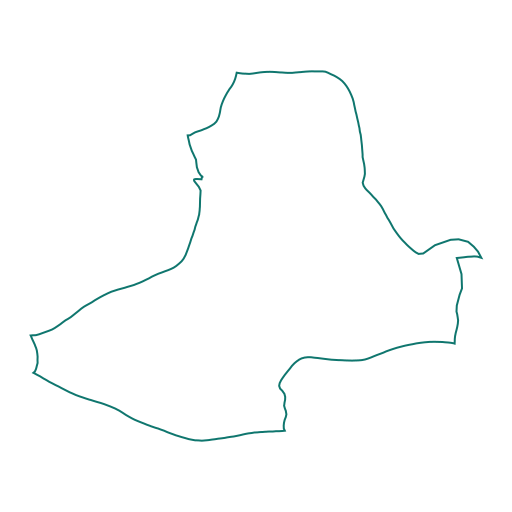 the district of Ghayl bin Yamin, Hadramawt, Yemen
{"feature_id": "15242507B14142255130537", "entity_name": "Ghayl bin Yamin", "entity_type": "district", "adm_level": 2, "iso_a3": "YEM", "parent_name": "Yemen", "parent_adm1": "Hadramawt", "projection": "mercator", "projection_center": [49.287, 15.382], "detail": "fine", "context": "isolated", "style": "outline", "palette": "teal", "viewbox_px": 512, "rotation_deg": 0, "n_neighbors": 0, "source": "geoboundaries", "source_scale": "gbopen_adm2", "svg_char_len": 5939}
<svg xmlns="http://www.w3.org/2000/svg" viewBox="0 0 512 512"><path d="M454.6,343.6L454.7,342.0L454.8,338.8L455.1,336.0L455.5,334.1L455.7,333.0L456.5,330.0L457.2,327.1L457.4,326.0L457.8,323.8L458.1,320.4L457.7,317.5L457.2,314.3L456.5,311.6L456.5,311.4L456.8,305.5L459.6,294.8L462.0,288.4L461.5,274.1L456.8,258.0L460.0,257.7L463.8,257.3L467.4,256.8L469.6,256.7L470.5,256.7L474.2,256.4L477.3,256.6L480.0,257.4L481.3,257.8L478.0,251.6L473.8,246.7L468.1,241.8L458.6,239.3L450.6,239.8L435.0,245.2L423.2,253.5L418.5,253.9L418.4,253.8L415.8,252.4L414.7,251.6L413.5,250.7L410.6,248.2L408.8,246.6L407.0,244.9L406.7,244.6L404.8,242.6L402.6,240.4L401.8,239.5L400.5,238.0L398.8,235.9L396.8,233.2L395.8,231.8L395.1,230.8L393.5,228.5L392.0,225.7L390.6,223.1L388.9,220.1L387.4,217.8L386.1,215.2L384.7,212.8L383.3,210.0L383.1,209.5L381.2,206.2L379.5,203.9L377.9,202.0L376.0,199.6L375.3,198.9L373.2,196.8L371.3,194.6L369.4,192.6L367.1,190.4L366.6,189.9L365.3,188.4L363.6,185.8L363.2,184.5L362.7,182.7L364.3,177.0L364.4,176.7L364.9,173.9L364.8,170.8L364.7,168.8L364.6,167.6L364.1,164.0L363.4,160.8L362.6,157.1L362.6,154.6L362.5,153.2L362.2,149.4L361.9,145.3L361.5,141.8L361.2,139.2L361.1,138.1L360.7,134.8L359.9,131.7L359.5,128.7L359.5,128.4L358.8,125.4L358.3,122.8L358.2,122.3L357.2,118.1L356.4,114.4L355.6,111.5L355.1,109.0L354.8,107.6L354.2,104.9L353.7,102.2L352.7,98.6L351.3,95.1L349.7,91.6L348.0,88.5L346.4,86.0L344.5,83.5L342.3,81.1L339.7,79.0L338.0,77.9L336.6,77.0L334.1,75.6L330.9,74.2L328.7,73.1L327.9,72.7L325.4,71.7L322.7,71.4L319.5,71.4L316.5,71.4L314.0,71.4L313.0,71.3L309.6,71.4L306.1,71.6L302.6,71.9L300.8,72.1L299.2,72.2L296.8,72.4L295.5,72.5L291.9,72.9L288.9,72.9L286.1,72.8L282.2,72.5L279.5,72.4L276.2,72.1L274.4,72.0L272.7,71.9L269.5,71.8L268.4,71.9L266.5,71.9L263.2,72.1L260.2,72.4L257.5,72.8L254.3,73.3L253.0,73.5L249.5,73.9L247.2,73.8L246.0,73.7L242.9,73.6L239.7,73.2L236.7,72.7L236.0,75.9L235.1,79.0L234.0,81.8L232.7,84.4L231.3,86.7L229.4,89.2L228.3,91.0L227.2,92.7L225.6,95.6L224.2,98.3L223.0,101.0L221.7,104.4L220.8,107.4L220.3,110.1L220.0,112.0L219.7,113.4L218.9,116.5L217.8,119.1L216.4,121.6L214.2,123.8L211.6,125.5L209.0,127.0L206.3,128.3L206.0,128.4L203.6,129.3L202.3,129.9L200.7,130.5L197.8,131.4L195.2,132.3L192.7,133.7L190.0,135.3L187.7,135.4L188.0,137.2L188.8,140.5L189.6,144.4L190.8,147.9L191.8,150.8L193.2,153.7L194.6,156.8L196.0,159.6L196.3,162.5L196.9,167.3L198.6,172.2L200.8,175.4L201.1,175.7L202.1,176.4L202.4,176.6L202.4,176.8L202.0,176.8L201.9,177.2L201.7,178.2L201.5,179.3L197.0,179.0L195.1,179.1L194.1,179.5L194.0,180.1L194.3,181.1L195.3,182.4L198.8,186.8L200.6,190.5L200.4,194.4L200.1,198.6L199.9,207.0L199.8,207.9L199.6,210.8L199.2,213.9L199.2,214.3L198.4,217.3L198.0,219.0L197.6,220.3L196.8,222.3L196.4,223.6L196.0,224.8L195.3,226.7L194.6,229.7L194.0,231.3L193.6,232.4L192.5,235.8L191.4,238.5L190.2,242.4L189.0,245.8L188.1,248.5L185.6,255.0L184.9,256.3L183.6,258.7L181.6,261.3L179.1,263.6L176.2,266.0L173.6,267.7L170.9,269.0L168.0,270.2L164.9,271.3L164.4,271.5L161.8,272.5L158.4,273.7L154.8,275.3L152.0,276.6L148.9,278.4L146.3,279.6L145.9,279.8L142.7,281.4L139.3,282.9L136.6,283.9L133.9,285.0L131.2,285.8L127.4,286.9L124.6,287.8L121.6,288.6L117.9,289.6L114.5,290.7L111.4,291.7L107.6,293.4L105.0,294.7L104.3,295.0L101.1,296.7L100.7,296.9L97.9,298.5L94.8,300.3L92.0,302.2L89.7,303.5L86.4,305.3L84.0,306.7L81.3,308.6L78.8,310.7L76.7,312.4L75.8,313.1L73.7,314.8L70.8,317.1L68.0,318.9L65.5,320.3L63.2,322.0L62.0,322.9L60.5,324.1L57.6,326.1L54.6,328.1L51.9,329.6L51.1,329.9L49.1,330.7L46.3,331.7L42.4,333.1L39.1,334.3L35.8,335.2L32.6,335.3L30.7,335.5L30.9,335.9L32.2,339.1L33.4,341.6L34.9,344.9L35.4,346.4L36.0,347.7L36.8,350.4L37.3,353.7L37.5,355.7L37.6,356.7L37.5,359.7L37.6,363.0L36.8,365.9L36.5,367.2L36.0,369.0L34.9,371.5L33.4,372.8L34.4,373.3L36.9,374.7L40.2,376.4L43.8,378.7L44.1,378.8L46.6,380.2L49.2,381.8L52.2,383.3L55.6,385.1L57.5,386.0L58.4,386.4L61.5,388.1L69.7,392.3L72.3,393.4L75.8,395.0L79.6,396.4L82.6,397.4L85.8,398.5L88.0,399.2L89.5,399.7L90.5,399.9L93.3,400.8L97.2,402.0L98.3,402.3L100.8,403.0L104.1,404.1L110.4,406.5L113.2,407.7L114.9,408.4L116.1,409.0L117.4,409.7L119.2,410.6L122.7,412.8L126.0,415.0L129.3,416.9L132.2,418.5L134.8,419.8L136.0,420.3L137.4,420.9L140.1,422.0L144.2,423.6L146.8,424.7L149.9,425.8L150.8,426.2L152.6,426.8L155.2,427.7L157.6,428.4L157.8,428.4L160.6,429.5L164.1,430.7L167.2,432.1L170.1,433.2L172.9,434.2L175.8,435.3L178.5,436.1L181.7,437.1L185.3,438.1L186.3,438.4L188.7,439.1L192.3,439.8L195.0,440.3L198.4,440.4L201.8,440.7L202.9,440.6L205.3,440.4L208.6,440.1L211.8,439.6L215.2,439.2L218.1,438.7L220.9,438.4L221.7,438.3L224.8,437.9L227.1,437.4L227.7,437.3L231.0,436.8L233.7,436.5L236.7,435.9L240.1,435.2L242.9,434.5L245.6,433.9L248.3,433.4L251.7,433.0L254.4,432.5L257.2,432.4L259.9,432.1L262.0,432.0L262.7,432.0L264.7,431.8L266.8,431.7L267.6,431.6L270.4,431.5L273.1,431.5L276.0,431.2L279.1,431.2L282.2,431.0L284.8,430.7L283.8,428.5L283.7,425.6L284.0,422.7L284.7,419.8L285.8,417.0L286.4,414.3L285.9,411.5L285.9,411.1L284.9,408.5L284.1,405.7L284.3,404.5L284.5,402.7L285.1,399.8L285.2,396.9L284.4,393.8L283.4,392.4L282.3,390.8L280.3,388.8L280.1,388.6L279.2,386.0L279.2,385.5L279.7,383.1L280.7,381.1L281.2,380.1L282.8,377.7L284.8,374.9L287.5,371.5L289.9,368.6L292.0,365.8L294.5,363.2L296.9,361.2L297.4,360.9L299.2,359.6L301.6,358.4L303.5,357.9L304.4,357.6L307.8,357.2L310.0,357.2L311.5,357.3L314.3,357.7L317.7,358.0L321.5,358.5L324.7,358.9L328.0,359.3L331.4,359.7L334.7,359.9L338.2,360.1L341.9,360.2L344.9,360.4L348.3,360.5L352.1,360.6L354.8,360.5L358.3,360.4L361.8,360.1L365.0,359.5L367.9,358.6L370.9,357.5L372.1,357.0L373.5,356.4L377.0,355.0L380.3,353.8L383.5,352.6L386.1,351.4L390.0,350.0L393.3,348.9L397.1,347.7L399.8,347.0L402.5,346.3L405.3,345.6L409.2,344.8L412.6,344.2L416.3,343.4L420.5,342.8L424.7,342.3L429.5,341.9L434.0,341.8L434.6,341.8L442.4,342.0L445.3,342.3L448.2,342.5L450.9,342.8L453.7,343.3L454.6,343.6Z" fill="none" stroke="#0f766e" stroke-width="2"/></svg>